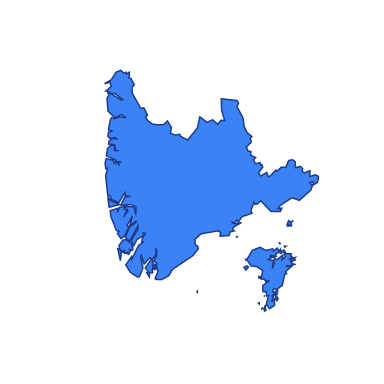 outline of Southland District, Southland, New Zealand, rotated 315°
{"feature_id": "76426892B99609638104575", "entity_name": "Southland District", "entity_type": "district", "adm_level": 2, "iso_a3": "NZL", "parent_name": "New Zealand", "parent_adm1": "Southland", "projection": "equal_earth", "projection_center": [167.626, -45.773], "detail": "fine", "context": "isolated", "style": "filled", "palette": "blue", "viewbox_px": 384, "rotation_deg": 315, "n_neighbors": 0, "source": "geoboundaries", "source_scale": "gbopen_adm2", "svg_char_len": 6133}
<svg xmlns="http://www.w3.org/2000/svg" viewBox="0 0 384 384"><g transform="rotate(315 192 192)"><path d="M206.7,53.5L211.6,56.4L209.5,60.2L202.6,59.9L203.6,60.9L204.3,65.1L207.1,67.7L208.4,77.6L206.9,76.9L203.2,60.7L202.1,64.5L198.1,65.7L189.8,75.4L189.9,85.0L196.8,87.3L197.9,92.8L193.9,87.5L189.1,85.4L187.5,82.5L185.1,83.3L176.8,89.0L179.0,92.9L175.4,90.6L172.0,93.0L171.7,96.0L175.9,98.8L176.7,102.0L174.0,98.0L169.2,97.3L166.9,99.2L170.8,103.8L167.4,108.5L169.6,111.1L166.6,107.9L170.1,103.7L166.6,101.5L163.2,101.4L157.0,105.9L160.8,115.7L159.0,116.0L163.3,120.5L161.1,119.5L158.9,121.8L160.5,118.6L157.2,117.2L158.6,113.7L155.0,107.7L151.1,110.0L147.5,114.5L149.0,115.4L142.2,119.8L130.0,134.8L131.4,137.3L129.6,139.8L132.7,147.8L144.1,145.0L142.1,147.6L145.5,151.5L140.7,148.0L132.4,151.0L139.7,157.6L141.9,162.6L140.5,164.2L136.0,168.6L140.2,161.7L134.6,154.6L133.3,160.2L126.1,161.1L133.4,159.0L131.9,156.2L133.9,154.4L129.8,151.6L124.6,153.7L128.4,151.3L120.9,147.4L117.3,152.0L111.5,165.3L111.5,166.7L112.8,167.6L112.7,168.3L109.9,168.6L108.8,174.9L113.7,175.3L122.9,172.0L122.3,169.8L133.0,166.8L123.8,172.0L131.7,172.9L131.1,173.9L122.8,172.8L112.8,176.8L113.2,182.7L129.9,177.6L127.6,180.0L114.5,183.4L112.9,188.8L119.5,186.7L127.5,188.5L128.7,185.9L128.4,188.1L130.7,187.9L123.8,189.8L120.6,192.1L122.0,192.5L121.9,193.1L116.5,192.0L101.8,197.0L103.5,195.0L93.6,196.7L91.6,205.0L93.3,213.6L94.9,214.8L103.6,211.0L109.6,201.8L111.4,200.8L107.2,209.1L115.7,208.7L116.0,210.8L105.3,212.6L104.6,218.6L102.9,217.0L101.7,221.9L104.9,219.2L107.1,221.3L109.1,218.5L110.1,219.6L109.9,218.4L112.8,215.4L110.8,218.8L112.1,220.7L113.8,217.2L113.7,219.1L115.6,218.4L113.5,215.5L116.2,211.7L121.6,210.9L126.3,206.6L126.4,207.6L121.9,212.0L116.2,213.8L116.7,217.9L113.6,219.6L113.4,222.0L112.8,220.2L112.2,223.9L105.3,226.8L105.6,227.1L105.2,227.7L104.6,227.9L104.6,228.1L108.4,232.4L116.7,234.8L123.3,232.9L147.5,237.6L156.3,236.5L157.8,234.4L157.0,231.5L160.6,227.6L168.8,228.0L183.1,238.0L183.6,240.9L180.6,243.0L187.4,249.1L190.7,247.2L194.4,249.4L194.2,247.2L196.6,246.2L205.3,248.6L199.8,244.7L198.9,243.2L198.9,242.3L199.1,241.8L199.9,244.0L203.9,243.6L203.5,246.0L210.0,244.8L219.4,249.5L220.5,246.9L228.4,243.1L227.8,245.2L229.7,246.6L234.5,246.9L234.0,261.5L240.7,268.3L244.2,267.0L242.3,267.6L242.2,267.0L243.1,267.2L244.0,266.9L241.1,264.4L245.0,263.9L258.6,266.7L262.0,273.8L277.4,274.7L282.8,272.1L281.7,271.9L281.9,268.6L284.8,270.4L282.9,272.8L287.1,273.9L290.8,271.9L292.4,270.3L291.4,267.0L286.2,264.4L290.5,260.4L285.1,258.0L284.4,255.4L286.8,253.7L286.7,250.5L282.4,247.9L286.4,243.4L285.9,240.2L282.6,238.1L275.7,240.9L272.7,237.6L266.9,237.5L266.9,235.8L258.7,236.0L256.7,235.1L258.7,231.0L252.1,229.5L252.3,225.6L259.5,224.5L260.9,221.9L259.6,221.3L260.8,219.3L256.8,216.8L258.3,212.6L261.4,212.6L259.4,207.5L262.2,205.2L260.6,202.5L262.4,198.6L269.1,198.7L271.3,195.1L273.6,195.1L273.0,188.9L275.2,182.6L280.6,175.4L284.1,163.5L287.8,162.0L288.5,159.1L278.6,146.8L270.8,155.1L265.6,164.6L263.3,161.8L258.0,162.2L257.7,155.6L251.9,153.3L250.7,144.4L241.1,150.5L225.7,152.2L223.3,144.6L224.1,142.4L220.7,140.4L218.3,135.3L223.0,131.8L224.9,124.4L219.6,124.3L215.3,120.3L212.2,116.3L211.2,110.6L212.0,106.2L214.8,106.2L217.5,98.6L215.0,96.3L219.7,79.8L223.6,75.5L227.0,75.4L229.1,68.8L228.1,67.0L232.4,63.0L229.3,62.4L230.2,60.8L227.9,60.0L227.7,55.6L223.1,53.6L214.3,55.6L206.7,53.5ZM193.4,275.9L182.9,278.6L181.5,286.0L185.1,290.7L186.5,297.5L179.3,302.4L181.5,304.7L180.9,307.5L181.8,307.3L182.2,307.8L182.5,308.5L182.4,308.8L183.3,308.7L183.5,308.9L183.5,309.2L175.9,308.2L171.7,312.6L173.8,314.7L171.3,318.5L172.8,319.4L165.2,323.9L164.3,329.4L170.3,330.5L174.1,326.5L175.7,326.8L175.2,328.9L177.7,328.2L178.1,324.4L175.9,326.5L175.0,325.6L172.2,326.4L171.2,325.4L177.2,322.9L174.3,322.1L179.7,322.0L178.7,319.4L181.3,318.1L183.0,320.9L189.9,321.8L199.0,316.0L201.2,316.6L201.6,314.5L211.9,315.1L207.5,312.9L207.6,312.4L206.9,312.0L207.1,311.7L206.5,311.6L206.4,311.3L207.3,311.3L207.2,312.0L207.8,312.3L207.7,312.9L212.7,315.1L212.3,311.5L217.9,313.2L213.1,310.5L214.8,309.7L214.6,308.7L214.0,308.6L213.8,308.2L214.7,308.5L216.1,310.2L217.2,310.4L216.6,307.0L218.5,305.9L215.0,302.1L216.1,297.3L212.3,303.6L207.8,303.7L211.7,300.8L204.1,300.0L203.5,297.6L201.6,298.0L200.0,300.3L194.6,303.0L201.0,298.1L198.3,293.8L202.7,295.0L201.9,292.8L203.1,292.7L204.8,295.2L203.3,295.7L205.8,297.2L207.3,295.0L212.4,296.5L214.0,295.0L211.7,295.4L212.7,291.9L207.9,291.3L208.9,289.3L202.9,285.5L201.0,279.2L193.4,275.9ZM109.3,177.2L102.5,178.2L100.4,181.7L99.4,179.6L92.8,189.9L99.6,184.6L100.4,181.8L100.6,184.8L102.4,185.5L99.9,186.2L102.5,186.0L101.1,187.7L104.4,189.6L102.4,189.3L103.1,191.3L107.1,190.0L107.1,187.6L108.2,191.1L109.8,190.7L112.5,186.2L112.0,179.4L109.3,177.2ZM129.2,135.7L122.6,144.2L131.8,149.6L128.3,140.7L129.2,135.7ZM175.5,281.9L174.9,285.4L178.9,284.9L178.7,283.2L175.5,281.9ZM240.1,280.6L236.2,282.2L237.6,283.6L235.6,283.8L238.4,286.3L240.7,283.8L240.1,280.6ZM162.9,324.7L160.3,325.4L159.1,327.5L160.5,328.0L162.9,324.7ZM183.2,321.6L180.8,321.5L181.9,323.3L183.2,321.6ZM213.3,298.4L210.2,297.8L213.5,298.7L213.3,298.4ZM220.1,296.8L219.0,295.6L218.5,296.6L220.1,296.8ZM179.3,323.6L178.5,324.3L179.3,324.6L179.3,323.6ZM160.4,324.0L159.1,323.6L158.8,324.0L160.4,324.0ZM180.0,323.5L179.4,322.4L178.8,323.0L180.0,323.5ZM192.3,255.2L191.0,255.2L192.4,255.6L192.3,255.2ZM161.2,317.9L160.4,317.5L160.4,318.7L161.2,317.9ZM180.0,301.0L178.9,300.5L179.5,301.7L180.0,301.0ZM124.9,266.6L125.5,266.0L124.8,266.1L124.9,266.6ZM243.3,283.8L242.3,283.4L242.3,283.8L243.3,283.8ZM180.1,299.6L179.6,299.0L179.0,299.7L180.1,299.6ZM213.9,296.9L213.2,296.3L213.0,296.5L212.8,296.4L212.8,296.8L213.9,296.9ZM218.1,289.9L217.6,289.0L217.9,290.2L218.1,289.9ZM213.7,315.7L212.9,315.7L213.7,316.0L213.7,315.7ZM217.7,290.6L217.0,291.0L217.8,290.8L217.7,290.6ZM182.7,277.8L182.4,277.4L182.1,278.1L182.7,277.8ZM163.4,324.4L162.9,324.1L162.5,324.4L163.4,324.4ZM169.6,316.6L168.9,316.9L169.7,316.7L169.6,316.6ZM218.0,310.9L217.6,311.2L218.5,311.2L218.0,310.9Z" fill="#3b82f6" stroke="#1e3a8a" stroke-width="1.5"/></g></svg>